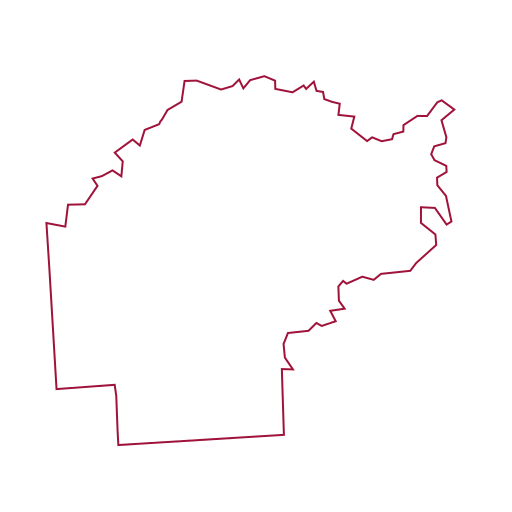 outline of Arkansas, Arkansas, United States of America, rotated 265°
{"feature_id": "52423323B37981066335759", "entity_name": "Arkansas", "entity_type": "district", "adm_level": 2, "iso_a3": "USA", "parent_name": "United States of America", "parent_adm1": "Arkansas", "projection": "orthographic", "projection_center": [-91.279, 34.253], "detail": "fine", "context": "isolated", "style": "outline", "palette": "rose", "viewbox_px": 512, "rotation_deg": 265, "n_neighbors": 0, "source": "geoboundaries", "source_scale": "gbopen_adm2", "svg_char_len": 1391}
<svg xmlns="http://www.w3.org/2000/svg" viewBox="0 0 512 512"><g transform="rotate(265 256 256)"><path d="M79.7,102.4L76.7,219.0L75.4,268.2L141.1,271.9L139.8,282.9L152.3,275.9L166.0,275.8L176.5,281.1L176.9,301.8L184.0,310.3L180.6,315.4L184.1,329.7L194.9,325.2L195.8,339.7L204.2,334.7L218.5,335.4L223.6,340.6L220.5,343.8L226.1,360.1L222.0,371.2L227.3,379.0L227.8,408.4L235.1,415.0L251.3,436.5L261.8,436.6L274.6,423.2L290.2,424.6L288.3,438.4L270.7,448.6L273.3,453.7L299.3,450.5L310.7,442.8L318.3,443.2L323.1,453.2L329.2,453.4L335.9,442.2L342.1,439.4L349.7,443.1L351.9,454.6L357.7,456.0L375.1,452.6L384.6,466.3L394.9,454.5L393.3,450.0L380.5,438.6L381.5,429.0L373.5,414.3L367.1,413.6L365.4,403.6L360.5,401.7L359.4,391.2L364.1,382.0L360.8,376.7L374.6,362.0L386.3,366.1L389.4,350.4L400.4,352.7L402.9,345.3L402.9,345.2L406.4,337.7L413.6,337.1L415.2,330.7L424.6,328.8L418.1,320.5L421.7,318.3L415.9,306.7L420.8,289.8L429.0,290.3L434.4,280.0L431.7,265.5L424.1,258.0L433.3,254.6L427.3,247.4L424.9,235.7L435.9,212.2L436.6,200.1L416.2,195.3L409.2,180.6L400.0,174.1L398.7,172.7L397.8,172.1L395.9,171.1L395.6,170.5L391.3,156.1L376.2,149.9L382.8,143.3L371.3,124.3L361.9,131.5L347.1,128.8L353.8,120.5L349.0,109.4L347.4,100.0L339.7,104.2L322.4,90.1L323.5,73.2L301.9,68.6L307.1,50.1L259.7,49.0L140.8,45.7L140.0,104.0L128.7,104.6L94.6,102.9L79.7,102.4Z" fill="none" stroke="#9f1239" stroke-width="2"/></g></svg>